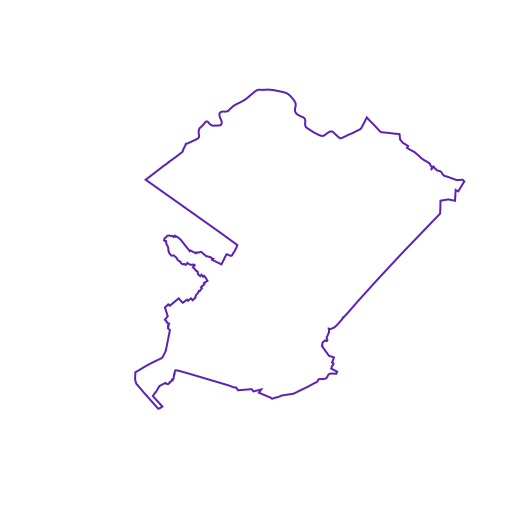 the district of Jamay, Jalisco, Mexico, rotated 214°
{"feature_id": "50627088B96170211471605", "entity_name": "Jamay", "entity_type": "district", "adm_level": 2, "iso_a3": "MEX", "parent_name": "Mexico", "parent_adm1": "Jalisco", "projection": "natural_earth1", "projection_center": [-102.668, 20.293], "detail": "fine", "context": "isolated", "style": "outline", "palette": "violet", "viewbox_px": 512, "rotation_deg": 214, "n_neighbors": 0, "source": "geoboundaries", "source_scale": "gbopen_adm2", "svg_char_len": 6128}
<svg xmlns="http://www.w3.org/2000/svg" viewBox="0 0 512 512"><g transform="rotate(214 256 256)"><path d="M283.9,83.3L283.6,83.1L275.8,81.0L273.9,80.4L251.7,74.7L250.8,75.7L250.6,75.9L250.6,76.2L249.4,78.8L259.5,81.3L263.2,82.2L263.2,86.7L262.9,87.3L263.3,93.3L263.2,93.6L263.3,94.3L260.1,100.2L259.1,99.9L257.3,100.5L256.6,102.8L257.0,103.2L255.6,106.2L256.6,106.7L255.7,108.1L256.7,110.0L257.1,111.0L257.5,111.5L257.4,112.5L257.8,112.6L258.4,114.1L258.9,116.2L255.8,117.7L246.1,120.9L206.7,133.3L200.6,134.8L198.8,135.9L195.9,134.6L185.1,143.2L182.4,142.3L177.1,148.2L177.1,144.3L164.3,146.8L163.4,146.7L162.9,146.6L160.7,149.4L159.3,150.9L157.4,153.4L156.7,154.7L148.1,162.6L147.1,164.2L142.9,171.5L139.8,176.8L137.1,182.1L135.3,185.2L134.9,186.3L135.2,188.2L135.0,188.9L134.4,189.6L133.3,190.3L131.6,191.5L129.9,193.1L129.6,193.6L129.3,194.6L129.4,196.0L129.6,197.6L129.5,198.7L129.4,198.9L128.4,200.2L127.9,200.6L126.6,201.5L123.7,203.2L124.0,205.5L130.7,204.7L130.9,205.6L131.2,206.3L131.4,207.0L131.2,208.5L131.4,209.8L131.5,210.0L132.2,210.5L133.4,210.2L134.6,215.5L139.8,214.1L151.0,218.2L150.9,218.6L151.0,219.2L151.8,219.8L152.4,221.5L152.0,223.3L151.5,224.8L151.0,224.8L150.4,224.6L150.0,224.8L149.6,225.6L150.0,226.5L150.3,226.7L151.8,227.7L152.0,228.3L152.0,229.3L152.6,231.8L152.7,233.4L153.9,235.1L155.1,236.5L154.7,236.7L153.8,236.7L152.5,238.3L151.1,240.6L150.3,243.8L149.8,247.1L149.6,249.4L149.3,251.0L149.4,253.9L149.1,253.9L148.0,261.0L146.3,275.1L142.4,302.4L136.9,337.6L134.9,349.2L127.1,394.1L130.0,398.9L134.0,405.0L128.3,410.4L121.9,413.1L127.4,422.4L126.6,422.4L124.5,422.7L125.0,434.3L127.3,434.8L132.1,431.1L140.0,429.2L142.2,428.6L144.7,427.7L147.0,428.1L149.7,429.4L152.5,428.7L153.6,428.2L155.9,428.7L156.8,428.5L157.6,429.1L159.0,429.4L159.1,426.2L159.3,426.3L159.4,427.9L160.0,428.3L160.7,428.3L162.2,428.8L163.3,429.8L167.9,429.7L169.6,429.5L173.8,429.5L174.3,429.6L174.6,429.8L177.7,430.3L179.8,430.4L182.6,430.8L184.3,430.6L188.3,430.2L191.3,430.1L191.3,432.2L198.1,432.0L201.8,433.2L205.0,437.2L205.3,437.3L210.8,434.2L214.0,432.7L219.8,429.5L221.7,428.6L223.0,428.7L230.3,430.4L234.1,431.2L236.5,431.6L241.6,432.8L240.6,424.3L240.2,420.0L241.9,416.9L245.2,411.0L246.6,409.1L250.4,402.5L251.9,400.7L253.7,400.6L259.3,401.5L261.1,401.8L262.1,401.9L263.1,401.4L263.8,400.9L264.4,400.4L264.8,399.6L265.7,397.4L266.4,395.4L266.9,394.0L267.2,393.5L267.6,393.1L268.2,392.7L268.9,392.2L269.7,391.9L271.6,391.5L274.4,391.1L277.0,390.8L283.1,390.7L285.2,390.6L286.6,390.8L287.1,391.0L287.7,391.4L288.3,391.9L289.4,393.3L290.2,394.8L290.7,395.6L291.2,396.1L291.8,396.7L292.4,397.1L293.2,397.3L294.8,397.3L296.0,397.0L297.2,396.8L300.1,396.5L301.2,396.5L302.1,396.6L303.6,397.2L304.2,397.6L305.2,398.6L305.8,399.5L306.3,400.4L306.5,401.4L307.1,402.6L307.6,403.5L308.4,404.5L309.3,405.2L311.5,406.3L314.3,407.2L317.3,407.9L318.7,408.1L321.3,408.2L322.5,407.9L324.3,407.4L325.9,406.8L332.7,404.0L336.8,402.0L338.5,401.0L340.2,399.8L343.6,397.3L346.8,395.3L347.3,394.7L348.0,393.8L348.6,392.5L350.7,385.5L351.3,383.1L351.9,381.2L353.1,378.2L355.0,374.5L356.8,371.5L357.9,369.3L358.6,367.7L359.5,364.4L359.8,363.0L360.0,361.3L360.1,360.9L360.5,360.2L361.2,359.4L362.3,358.4L364.2,357.3L365.2,356.3L365.6,355.7L365.9,355.0L366.0,354.5L366.0,354.0L365.6,353.2L365.1,352.4L364.0,351.2L360.2,348.7L359.3,347.9L358.8,347.0L358.5,346.3L358.3,345.5L358.4,345.0L358.8,344.3L359.4,343.7L361.9,341.9L364.7,339.9L365.3,339.6L366.0,339.5L366.8,339.5L368.3,339.6L369.2,339.8L369.9,340.1L370.9,340.3L371.6,340.2L372.3,339.9L372.6,339.3L372.8,338.8L372.9,338.2L373.1,335.3L373.3,334.2L373.8,331.8L374.1,331.0L374.2,330.4L374.0,329.0L373.2,327.3L372.8,326.5L370.1,323.5L369.8,322.8L369.7,322.1L369.8,321.4L370.3,320.1L374.9,312.3L375.8,311.0L376.5,310.1L376.9,309.8L376.5,308.6L376.4,307.7L375.9,303.9L375.2,301.4L375.8,299.4L376.4,297.6L377.2,295.0L378.1,292.6L379.6,288.5L380.9,285.2L380.7,285.1L382.4,280.3L382.6,280.1L390.1,257.5L338.0,256.3L316.8,255.8L295.6,255.3L277.5,254.6L277.2,252.8L277.0,252.4L276.6,248.7L276.3,247.8L276.5,246.0L276.5,245.5L276.2,243.2L276.5,242.4L277.7,241.8L281.3,241.1L281.4,240.9L281.0,236.5L280.8,236.3L280.7,235.7L280.0,229.7L290.3,228.3L290.1,229.6L290.7,229.3L291.0,229.3L292.3,229.6L293.3,229.5L294.8,229.0L297.3,228.0L300.9,228.4L303.7,228.9L303.6,229.2L305.5,226.8L307.1,225.7L307.5,225.6L307.4,224.6L313.5,223.9L313.7,222.9L314.7,223.4L319.6,224.8L326.8,227.2L330.4,227.8L333.7,227.6L334.0,227.5L333.8,227.0L335.2,227.1L335.4,226.8L335.4,226.4L335.2,225.8L336.0,225.9L336.7,225.5L339.1,224.6L340.4,223.7L340.8,223.1L341.1,221.3L341.7,219.4L341.3,218.6L341.0,217.5L340.4,217.4L339.6,217.7L339.0,218.1L338.2,217.4L337.5,216.2L336.8,215.9L336.1,215.3L334.5,214.7L334.3,214.4L333.3,213.6L331.7,211.7L331.5,211.2L330.5,210.8L330.2,210.4L329.7,210.0L329.1,209.8L328.5,209.5L326.3,209.0L324.4,210.5L320.3,209.9L319.7,209.6L319.2,209.1L318.7,208.9L318.2,208.8L315.7,209.0L315.7,208.8L314.6,208.3L313.5,208.1L312.7,208.1L311.2,208.7L311.0,209.3L309.2,209.4L309.0,211.8L308.7,211.7L308.1,211.8L305.4,212.1L304.1,212.9L303.2,213.9L302.2,214.3L301.7,214.1L302.0,211.3L300.3,211.0L299.7,211.1L299.4,210.8L298.7,210.6L298.4,210.5L297.0,210.2L296.8,210.5L295.3,210.2L294.0,208.5L291.0,208.1L290.7,210.0L288.2,209.2L288.0,210.5L285.9,210.0L282.3,208.2L284.1,204.6L283.0,203.9L283.2,203.3L283.4,203.2L283.5,202.8L283.3,201.8L284.0,200.5L284.1,199.3L282.8,199.0L283.1,195.4L283.7,195.3L283.6,191.7L283.9,189.7L283.4,188.6L283.4,187.9L282.9,187.6L283.8,183.9L286.2,184.5L287.3,180.9L288.7,181.3L289.6,179.1L290.5,176.3L290.6,176.2L293.2,176.8L296.4,177.7L298.5,170.4L299.7,166.5L301.1,166.9L301.7,166.9L302.7,162.4L295.5,156.7L295.6,155.2L295.9,152.2L293.6,151.8L292.8,151.1L292.7,151.2L291.4,151.1L290.3,151.3L290.3,149.9L290.1,149.7L289.5,149.5L289.8,148.6L289.2,147.9L288.8,147.7L288.7,147.1L288.6,146.9L285.9,146.4L277.8,127.0L277.0,120.9L276.9,119.1L277.0,118.7L280.4,113.0L284.4,106.0L284.3,105.8L284.8,104.9L285.5,103.8L286.7,101.2L287.7,99.1L288.0,98.4L288.5,97.4L289.2,95.6L291.0,92.1L289.5,89.8L287.7,86.7L285.8,84.7L283.9,83.3Z" fill="none" stroke="#5b21b6" stroke-width="2"/></g></svg>